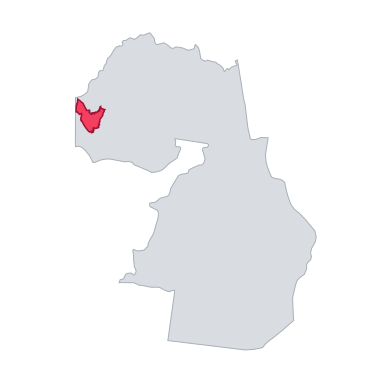 Nsama, Northern, Zambia (highlighted), rotated 279°
{"feature_id": "96606910B46360514720663", "entity_name": "Nsama", "entity_type": "district", "adm_level": 2, "iso_a3": "ZMB", "parent_name": "Zambia", "parent_adm1": "Northern", "projection": "orthographic", "projection_center": [30.06, -8.814], "detail": "fine", "context": "in_parent", "style": "filled", "palette": "rose", "viewbox_px": 384, "rotation_deg": 279, "n_neighbors": 0, "source": "geoboundaries", "source_scale": "gbopen_adm2", "svg_char_len": 7417}
<svg xmlns="http://www.w3.org/2000/svg" viewBox="0 0 384 384"><g transform="rotate(279 192 192)"><path d="M257.5,258.7L240.6,258.7L234.4,260.1L229.3,262.2L223.3,265.5L219.8,267.8L218.9,269.0L218.4,271.8L218.4,276.1L217.8,279.2L216.0,282.0L206.9,285.5L201.0,288.3L195.2,291.7L190.8,296.0L187.8,301.3L182.9,307.9L172.6,319.6L166.6,321.8L161.5,321.4L155.3,319.0L150.4,318.6L146.9,320.1L143.5,319.7L140.4,317.3L137.8,316.4L135.8,317.1L133.1,317.0L128.3,315.8L124.0,311.7L121.6,310.0L119.9,309.3L114.9,308.7L103.3,307.9L91.5,310.2L81.1,312.5L70.1,303.4L59.5,293.8L57.2,291.4L53.2,288.1L50.3,286.6L49.2,285.8L46.1,277.1L44.3,269.1L41.5,191.4L89.1,190.5L92.2,190.1L92.3,189.3L90.0,185.1L90.1,183.7L90.6,180.8L92.6,175.2L92.7,173.3L91.6,167.1L91.6,163.7L92.0,156.8L91.6,154.4L92.7,151.3L93.0,149.2L93.4,148.3L92.8,145.9L91.7,137.7L91.1,134.2L94.0,134.7L94.9,136.4L95.5,138.2L96.8,138.3L100.3,139.4L101.5,140.9L102.4,144.2L101.9,145.9L100.8,147.3L102.0,148.5L104.3,149.2L105.6,149.0L109.4,146.7L113.0,145.8L114.8,145.2L122.7,143.6L124.3,142.8L125.4,142.7L126.2,143.4L125.5,145.7L125.3,147.8L126.4,151.7L127.1,153.6L128.8,154.9L130.0,155.6L131.4,157.0L134.1,156.7L140.3,158.6L142.1,159.5L144.7,160.4L146.5,160.7L152.8,161.4L159.4,162.4L162.9,162.5L165.3,162.2L167.0,161.6L168.1,161.0L168.5,160.4L171.0,152.9L172.2,152.3L173.9,151.9L174.8,152.6L176.0,157.3L180.8,161.5L182.5,165.1L183.7,168.1L184.8,169.0L186.6,170.0L189.5,170.3L192.1,170.4L205.0,175.6L206.5,176.5L208.1,179.3L209.0,182.4L210.1,184.9L211.7,185.4L213.2,185.5L214.7,187.2L215.8,188.7L219.7,194.8L220.2,197.3L222.1,198.9L224.6,199.6L226.9,199.7L228.2,198.9L231.5,197.7L234.1,196.2L235.9,195.7L237.1,196.0L237.9,197.0L238.5,200.1L240.3,201.1L241.6,200.7L242.2,199.5L242.2,198.9L242.1,166.9L240.9,167.1L239.5,168.0L236.0,168.1L234.7,168.8L234.3,169.8L234.6,171.1L234.6,172.9L234.1,173.8L232.6,174.1L230.5,173.4L226.5,172.5L223.3,172.0L220.9,169.6L217.7,166.0L215.6,164.2L210.5,160.4L209.7,159.6L208.2,157.9L206.8,154.9L205.5,151.4L204.9,149.2L206.1,145.8L208.9,134.7L209.6,131.2L212.0,127.7L212.2,124.5L211.2,120.5L211.4,118.3L211.7,105.5L211.0,101.5L209.4,97.0L205.7,90.8L205.7,89.5L211.3,85.5L213.0,83.9L215.9,80.7L217.9,77.9L219.1,75.6L219.5,72.7L218.6,69.9L220.5,69.4L267.1,62.2L267.7,64.1L269.1,67.3L270.7,69.6L272.7,71.6L274.4,72.9L275.5,73.3L282.7,73.2L285.3,74.4L287.5,76.0L288.1,78.4L289.5,80.0L291.1,81.2L291.8,81.3L293.0,81.0L294.9,81.0L296.6,81.5L297.5,82.1L297.6,84.1L298.1,85.0L300.5,85.4L303.0,85.6L305.4,87.0L307.9,87.2L310.9,87.8L312.3,89.3L315.4,90.9L319.3,92.3L323.5,94.5L323.6,95.2L324.3,96.6L325.1,97.5L325.1,98.9L325.5,100.2L326.5,100.6L327.4,100.7L328.3,99.7L329.4,99.8L330.7,100.4L331.1,101.9L332.0,103.9L333.6,105.3L334.6,106.7L334.3,109.1L333.6,111.3L335.7,113.5L338.4,115.6L339.2,116.5L339.3,119.6L339.8,120.7L341.6,123.3L342.5,125.0L342.4,126.0L337.3,131.0L334.2,131.8L332.9,132.8L332.0,133.9L334.0,139.0L335.0,140.9L334.1,143.3L332.1,147.4L331.1,147.7L330.9,150.8L331.5,152.0L332.5,152.8L332.9,155.0L332.8,160.2L331.4,166.1L333.6,171.3L334.4,171.8L337.5,171.9L338.1,172.3L337.3,173.8L335.1,176.1L331.1,177.8L325.3,179.7L324.1,181.5L323.3,184.3L323.9,185.9L324.7,186.8L324.4,189.1L323.9,191.6L324.0,193.6L323.8,195.4L323.0,196.2L322.0,198.8L320.7,201.4L319.7,202.6L318.3,203.9L316.0,204.9L316.1,205.5L318.6,206.7L319.3,207.5L319.5,208.1L318.4,209.4L319.6,210.3L321.0,210.9L322.3,212.7L323.9,216.0L324.1,216.4L324.6,216.4L325.4,216.0L327.0,214.7L328.2,214.2L329.5,216.2L305.6,224.1L300.0,225.8L291.7,228.6L289.0,229.7L286.8,230.7L264.6,237.0L261.2,238.3L253.4,241.5L253.1,242.1L253.2,243.5L253.9,246.6L255.2,249.4L256.4,251.0L257.1,255.1L257.5,258.7Z" fill="#d9dde1" stroke="#a8b0b8" stroke-width="1"/><path d="M241.0,89.7L242.0,89.7L242.3,89.3L242.8,89.3L243.0,89.5L243.2,89.4L243.2,89.5L243.5,89.7L243.8,89.9L243.8,89.6L244.0,89.5L244.0,89.3L244.3,89.3L244.5,89.3L244.8,89.4L245.0,89.5L245.4,89.6L245.5,89.6L246.0,89.8L246.4,89.8L246.5,89.9L247.1,90.0L247.2,89.9L247.3,89.8L247.4,89.7L248.3,89.8L248.5,89.8L249.5,89.8L250.0,90.0L250.5,90.3L251.4,90.8L253.6,91.8L253.9,91.8L254.1,91.8L254.3,91.9L254.6,91.8L255.2,91.9L255.6,91.8L256.2,91.8L256.3,91.9L256.7,92.0L256.9,92.2L257.5,92.6L258.0,92.6L258.3,92.7L258.5,92.6L258.7,92.4L258.9,92.3L259.0,92.3L259.1,92.2L259.4,92.4L259.5,92.6L259.8,92.9L259.9,92.1L259.9,91.9L259.9,91.5L260.0,90.9L260.0,90.7L260.2,90.1L260.3,90.1L260.4,89.7L260.5,89.5L260.6,89.4L260.7,89.2L260.8,89.0L260.9,88.9L261.0,88.9L261.4,88.6L261.5,88.6L261.7,88.4L261.9,88.4L262.0,88.3L261.9,88.2L262.0,88.2L261.8,88.0L261.7,88.1L261.6,87.9L261.4,87.9L261.2,87.8L260.9,87.8L260.7,87.8L260.4,87.9L260.2,88.0L260.2,87.9L259.8,87.8L259.6,87.7L259.3,87.7L259.2,87.6L258.7,87.7L258.6,87.8L258.4,87.6L258.1,87.6L258.2,87.4L258.4,87.2L258.0,87.1L257.9,87.2L257.9,87.3L257.7,87.4L257.7,87.5L257.6,87.8L257.4,87.6L257.2,87.4L257.1,87.2L257.2,86.9L257.0,86.7L257.0,86.3L256.9,86.3L256.8,86.2L256.6,86.2L256.5,86.3L256.4,86.3L256.1,86.0L256.0,85.9L256.0,85.7L255.9,85.6L256.0,85.5L256.0,85.3L255.9,85.2L255.7,85.2L255.6,84.9L255.8,84.9L255.9,85.0L255.9,84.9L255.9,84.6L255.7,84.2L255.2,84.3L255.2,84.2L255.1,83.9L255.3,83.9L255.0,83.6L255.0,83.4L254.7,83.6L254.4,83.6L254.2,83.5L254.4,83.3L254.6,83.3L254.7,83.2L254.8,83.2L254.9,82.9L254.7,82.7L254.3,82.5L254.3,82.4L254.6,82.3L254.8,82.5L254.9,82.3L254.7,82.1L254.4,82.0L254.2,81.8L254.1,81.7L253.9,81.6L254.1,81.5L254.3,81.6L254.7,81.2L254.4,80.7L254.2,80.7L254.0,80.8L253.9,80.8L253.7,80.9L253.5,80.7L253.3,80.7L253.1,80.4L253.2,80.2L253.3,80.1L253.3,79.9L253.2,79.9L253.1,79.5L253.3,79.4L253.6,79.2L253.9,79.0L254.1,78.8L254.3,78.6L254.7,78.6L254.8,78.6L254.8,78.4L254.9,78.5L255.0,78.4L255.1,78.2L255.2,78.3L255.3,78.4L255.6,78.1L255.9,78.1L256.0,78.1L256.1,77.9L256.5,77.9L256.6,78.0L256.8,78.0L256.8,77.9L256.6,77.7L256.6,77.4L256.5,76.7L256.0,75.2L256.1,74.9L256.4,74.7L257.1,74.6L257.3,74.5L257.4,74.2L262.4,70.6L264.4,67.4L265.9,64.6L262.2,64.9L261.8,64.8L261.6,64.5L261.4,64.4L261.3,64.5L261.2,64.7L260.9,64.6L260.6,64.8L260.4,64.8L259.8,64.3L259.5,64.2L259.3,64.3L258.9,64.5L258.6,64.3L253.0,65.0L253.0,65.3L253.0,65.8L253.2,66.0L253.0,66.3L252.9,66.4L252.8,66.5L252.7,66.6L252.7,66.8L252.6,67.0L252.4,67.1L252.2,67.3L251.8,67.5L251.6,68.2L251.2,68.5L251.0,69.0L251.2,69.4L252.0,70.0L252.3,70.5L251.9,70.7L251.1,70.9L250.5,70.9L250.3,71.0L249.6,70.8L249.3,70.8L248.7,71.0L248.3,70.9L248.0,70.6L247.5,70.7L247.4,70.8L246.0,70.8L245.5,71.3L245.4,71.4L245.2,71.3L245.1,71.5L244.7,71.7L244.6,71.8L244.5,72.1L244.6,72.3L244.4,72.4L244.4,72.5L244.4,72.4L241.2,74.8L238.8,77.0L236.0,80.1L235.3,81.2L235.6,81.7L235.7,81.8L235.8,81.9L235.9,82.0L235.8,82.4L235.7,82.4L235.5,82.5L235.5,82.8L235.5,83.0L235.4,83.1L235.5,83.1L235.5,83.3L235.4,83.3L235.5,83.5L235.4,83.6L235.2,83.6L235.0,83.9L235.0,84.0L235.5,84.2L235.4,84.3L235.5,84.6L235.6,85.0L235.8,85.0L235.9,84.9L236.0,85.0L236.1,84.9L236.1,85.0L236.3,85.0L236.8,85.2L237.0,85.2L237.4,85.0L237.5,84.9L237.6,85.0L237.6,84.9L237.8,84.9L237.8,84.7L237.9,84.8L238.0,84.8L238.2,84.6L238.4,84.6L238.5,84.6L238.8,84.6L239.1,84.5L239.3,84.4L239.7,84.5L239.8,84.6L240.0,84.7L240.0,84.8L240.1,85.0L240.0,85.3L239.9,85.4L239.9,85.6L239.8,86.0L239.8,86.3L239.8,86.5L239.7,86.5L239.8,86.8L239.7,86.8L239.8,87.2L239.9,87.3L240.0,87.6L240.1,87.8L240.1,88.0L240.4,88.4L240.5,88.4L240.7,88.5L240.7,88.4L240.9,88.5L240.9,88.8L241.0,88.8L241.1,89.0L240.9,89.1L240.9,89.6L241.0,89.7Z" fill="#f43f5e" stroke="#9f1239" stroke-width="1.5"/></g></svg>